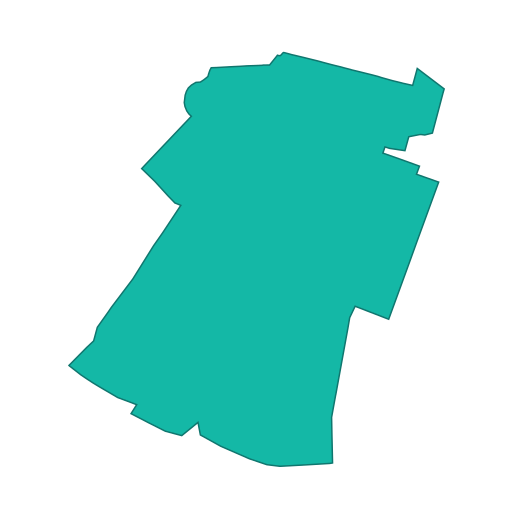 Carna, Dolj, Romania (Equal Earth projection), rotated 7°
{"feature_id": "2599482B28740347601774", "entity_name": "Carna", "entity_type": "district", "adm_level": 2, "iso_a3": "ROU", "parent_name": "Romania", "parent_adm1": "Dolj", "projection": "equal_earth", "projection_center": [23.609, 43.848], "detail": "fine", "context": "isolated", "style": "filled", "palette": "teal", "viewbox_px": 512, "rotation_deg": 7, "n_neighbors": 0, "source": "geoboundaries", "source_scale": "gbopen_adm2", "svg_char_len": 1756}
<svg xmlns="http://www.w3.org/2000/svg" viewBox="0 0 512 512"><g transform="rotate(7 256 256)"><path d="M422.4,67.2L393.2,50.2L392.2,57.2L391.8,60.0L390.7,67.6L381.4,66.7L381.1,66.7L379.1,66.4L369.8,65.3L359.3,63.7L359.2,63.7L355.1,62.9L349.2,62.1L347.6,61.9L336.1,60.5L328.2,59.6L327.3,59.4L320.4,58.5L317.2,58.0L311.1,57.3L307.1,56.8L306.4,56.7L303.5,56.3L300.6,55.9L297.8,55.5L295.9,55.2L292.9,54.8L289.5,54.4L283.7,53.7L278.8,53.1L274.3,52.6L269.9,52.1L266.9,51.8L263.7,51.3L259.2,50.7L258.5,50.7L257.9,51.2L256.4,53.4L255.6,54.2L254.3,54.3L253.4,54.2L252.8,54.1L252.3,55.0L246.2,64.8L240.0,65.6L238.8,66.0L237.0,66.3L231.5,67.2L223.8,68.4L216.9,69.7L209.3,71.0L194.2,73.7L188.6,74.6L187.6,77.2L186.8,80.9L186.4,83.7L184.8,85.4L182.5,87.7L179.5,90.2L175.2,91.0L171.1,94.2L168.4,97.4L166.9,101.0L166.1,105.0L166.1,112.5L167.3,116.3L169.6,120.4L172.1,123.2L174.8,125.2L135.9,177.7L131.9,183.2L146.3,194.1L161.2,206.9L169.1,213.3L170.5,213.6L175.2,214.9L160.5,244.4L153.1,258.3L136.5,293.9L118.6,324.8L116.3,329.3L107.2,346.1L105.2,360.1L99.2,367.3L83.7,387.4L84.3,387.9L96.8,395.4L103.5,398.8L109.6,401.8L115.8,404.6L122.0,407.3L132.0,411.6L133.2,412.1L134.5,412.7L135.9,413.3L155.7,418.1L151.2,427.7L169.7,434.6L187.5,441.0L204.2,443.3L218.7,428.2L222.6,440.4L244.4,449.2L274.3,458.1L292.2,461.8L305.4,461.8L330.0,457.4L354.5,452.9L357.2,452.1L354.4,432.8L353.2,424.6L350.7,406.9L352.0,384.3L352.1,383.4L356.0,316.5L356.5,305.8L360.5,293.8L395.4,302.6L404.4,263.8L409.1,243.5L413.9,222.4L428.3,160.4L412.9,157.0L405.3,155.3L407.3,146.9L392.9,143.6L369.4,138.4L370.7,132.0L375.5,132.9L391.0,133.3L393.1,119.0L403.4,115.6L404.9,115.3L408.8,115.3L416.1,112.5L420.4,81.3L421.7,71.7L422.4,67.2Z" fill="#14b8a6" stroke="#0f766e" stroke-width="1.5"/></g></svg>